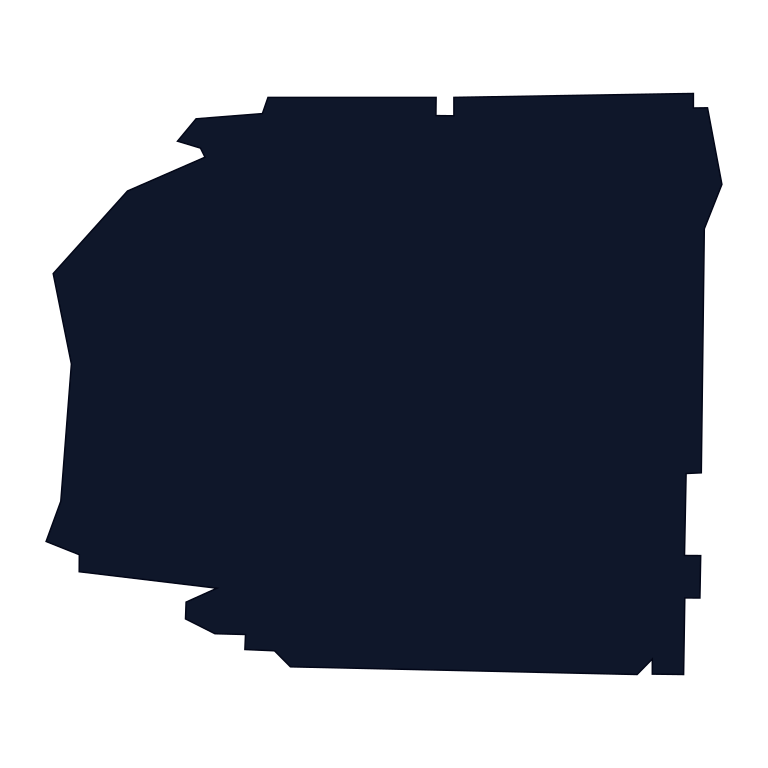 Stewart, Georgia, United States of America (Robinson projection)
{"feature_id": "52423323B56681995994773", "entity_name": "Stewart", "entity_type": "district", "adm_level": 2, "iso_a3": "USA", "parent_name": "United States of America", "parent_adm1": "Georgia", "projection": "robinson", "projection_center": [-84.837, 32.077], "detail": "fine", "context": "isolated", "style": "filled", "palette": "ink", "viewbox_px": 768, "rotation_deg": 0, "n_neighbors": 0, "source": "geoboundaries", "source_scale": "gbopen_adm2", "svg_char_len": 636}
<svg xmlns="http://www.w3.org/2000/svg" viewBox="0 0 768 768"><path d="M683.6,674.5L684.8,597.9L699.9,598.0L700.7,555.6L684.5,555.5L686.1,473.5L701.3,472.8L704.3,228.8L721.9,184.4L707.5,107.8L693.4,108.0L693.4,93.5L678.4,93.7L453.9,97.4L453.9,115.8L435.9,115.6L436.1,97.4L268.0,97.4L262.4,113.6L196.1,118.8L177.5,141.2L200.5,148.1L205.0,157.2L127.5,191.0L53.2,273.6L71.4,364.0L67.8,410.4L60.8,501.3L46.1,541.5L79.3,554.7L79.2,571.7L216.9,588.2L186.1,602.1L185.5,618.9L214.9,633.7L245.5,634.5L244.9,649.5L274.5,650.8L290.4,666.8L637.1,674.5L652.3,659.0L652.3,674.1L683.6,674.5Z" fill="#0f172a" stroke="#020617" stroke-width="1.5"/></svg>